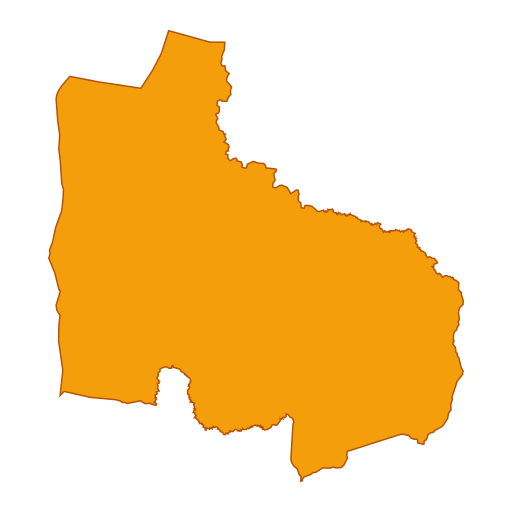 Kawambwa, Luapula, Zambia (Albers equal-area conic projection)
{"feature_id": "96606910B68487362337591", "entity_name": "Kawambwa", "entity_type": "district", "adm_level": 2, "iso_a3": "ZMB", "parent_name": "Zambia", "parent_adm1": "Luapula", "projection": "albers", "projection_center": [29.568, -9.766], "detail": "fine", "context": "isolated", "style": "filled", "palette": "amber", "viewbox_px": 512, "rotation_deg": 0, "n_neighbors": 0, "source": "geoboundaries", "source_scale": "gbopen_adm2", "svg_char_len": 6074}
<svg xmlns="http://www.w3.org/2000/svg" viewBox="0 0 512 512"><path d="M300.7,481.3L302.5,480.6L302.4,478.8L304.7,476.6L310.0,474.8L313.0,472.7L315.8,472.3L322.7,467.9L329.5,468.2L333.3,467.0L335.8,467.9L341.2,467.6L344.0,464.9L347.5,458.0L346.8,455.9L347.1,451.4L400.0,434.5L403.4,434.1L407.1,435.4L408.0,434.8L411.2,438.2L414.4,439.3L416.6,439.0L417.4,439.7L417.8,442.9L423.8,444.4L424.4,440.5L426.4,439.8L428.1,434.5L430.7,432.8L433.3,432.3L435.0,430.4L441.9,426.6L443.6,424.8L447.6,418.5L448.6,412.9L451.0,409.9L450.7,404.8L452.5,399.0L451.9,397.3L457.2,381.2L462.8,374.1L462.4,372.6L463.2,371.4L461.2,367.7L459.0,358.1L457.2,355.6L457.5,354.0L455.9,351.8L455.4,347.2L453.0,344.6L453.1,342.1L453.7,342.1L454.1,341.0L453.3,339.3L453.6,334.2L454.7,331.3L456.4,330.2L457.4,326.7L458.9,325.1L458.2,321.4L459.4,319.8L458.5,312.3L459.5,308.0L463.1,304.4L463.2,300.1L461.1,294.3L461.6,292.8L458.5,289.7L458.8,282.7L455.9,280.3L453.3,279.4L453.4,278.0L452.6,277.3L451.4,277.7L450.3,276.6L447.8,276.4L446.9,275.6L444.4,276.0L442.4,277.3L440.7,274.2L439.1,273.3L438.5,274.3L436.3,273.1L435.2,270.2L433.9,269.3L433.9,268.1L432.2,266.7L433.7,266.6L434.2,264.0L436.9,263.4L437.4,262.3L434.6,258.6L432.0,258.2L429.7,256.7L427.5,257.7L425.8,254.8L425.7,253.3L422.5,251.1L420.8,251.0L420.4,249.2L419.0,248.6L419.6,247.6L417.5,247.1L417.4,244.6L415.5,243.3L415.6,242.0L416.7,241.4L415.4,238.9L416.1,238.6L415.0,237.9L415.7,237.1L414.4,236.9L413.9,235.9L415.2,233.5L411.7,231.8L411.7,230.4L410.0,229.3L408.2,228.8L407.7,229.8L407.0,229.5L405.6,230.8L404.0,230.7L403.4,232.0L401.9,230.8L400.5,231.9L399.2,230.4L398.3,230.7L395.7,229.5L395.0,230.6L390.7,230.9L390.2,231.7L389.9,231.2L389.5,232.5L388.5,231.9L388.7,231.3L386.3,232.2L384.7,230.8L383.6,232.3L381.7,228.8L380.6,228.9L379.8,228.0L379.4,225.6L380.7,224.2L379.5,223.4L377.3,222.8L376.5,224.6L375.0,223.4L374.4,224.4L372.0,225.1L371.7,223.5L370.8,224.2L368.6,221.8L366.4,221.2L365.7,222.0L365.2,221.0L362.8,221.5L361.6,220.6L361.0,221.2L361.0,220.2L358.0,218.9L356.8,217.2L356.0,217.7L355.1,216.4L350.4,214.5L350.3,213.9L349.7,214.7L349.1,214.0L348.2,214.5L347.7,215.7L346.3,215.1L346.1,215.9L345.2,215.4L344.9,213.8L341.2,214.7L340.9,213.7L338.6,212.5L337.6,213.5L337.7,214.6L336.7,214.1L336.1,212.5L335.4,212.9L333.2,211.9L333.3,210.2L332.1,209.0L331.1,209.7L328.6,209.5L328.2,210.2L327.9,209.7L327.5,211.4L326.8,211.2L326.3,212.2L324.9,212.1L325.3,211.1L323.7,211.2L323.6,210.2L318.2,211.8L312.1,206.4L308.0,205.4L305.2,205.4L304.0,208.2L301.1,207.7L300.8,202.9L298.4,200.8L298.4,195.4L299.1,194.2L298.0,190.0L296.1,190.1L290.8,193.7L287.2,187.4L281.8,185.2L279.6,185.5L276.1,187.8L274.1,187.8L272.9,187.0L272.8,183.7L275.1,180.1L273.7,173.6L276.4,170.9L275.9,169.0L265.9,167.9L265.4,165.3L263.9,163.5L258.2,163.1L253.4,161.4L247.3,164.2L246.5,167.8L244.5,168.1L241.8,166.9L242.4,164.9L241.1,161.9L237.0,160.9L236.9,159.2L236.0,158.1L233.2,158.8L230.8,160.6L229.4,160.0L227.7,158.1L227.9,154.8L225.5,153.9L226.2,151.5L228.3,150.9L228.2,148.2L229.1,147.2L228.5,144.7L224.1,142.0L226.3,139.3L224.5,135.7L225.4,134.1L223.9,134.1L223.2,131.8L219.1,129.8L218.6,126.7L216.4,123.5L216.4,121.0L217.8,118.3L215.7,114.3L216.8,113.3L218.2,113.4L219.2,111.8L219.5,107.1L216.9,105.2L217.5,101.1L220.6,99.7L221.7,101.0L226.8,101.4L228.6,96.9L230.9,94.4L230.3,91.5L231.5,86.7L226.5,80.8L227.2,76.6L229.2,73.6L225.7,70.8L224.9,65.8L222.4,66.1L220.7,63.5L222.0,59.5L221.7,56.1L224.4,49.7L224.8,42.2L209.6,42.1L168.7,30.7L161.4,53.3L152.7,70.1L140.9,88.3L97.9,81.8L69.9,76.4L61.8,85.7L58.2,91.3L56.7,95.2L56.1,99.3L57.7,120.6L59.7,134.7L58.8,149.2L60.3,161.1L61.8,183.5L63.4,189.3L63.2,197.2L61.7,210.7L55.6,227.7L52.6,241.9L49.5,250.3L50.1,253.8L48.8,258.1L54.8,272.9L59.0,289.6L60.3,291.1L56.1,305.2L57.0,310.6L60.0,315.3L58.9,325.4L58.6,340.6L62.8,370.4L60.1,395.5L64.2,391.4L89.9,397.3L116.7,399.8L118.3,400.7L119.5,400.5L122.8,402.6L124.6,402.2L127.2,403.5L140.5,400.8L144.9,403.6L150.6,403.4L151.8,404.4L156.0,405.3L156.7,404.6L155.0,401.8L154.3,402.1L156.5,399.1L155.0,397.7L155.3,397.1L156.0,397.3L155.0,395.3L157.3,393.8L156.2,392.0L159.1,391.0L157.5,387.9L158.1,386.0L157.2,383.5L159.0,383.2L158.8,382.2L159.6,381.6L156.7,377.9L158.4,375.7L158.0,373.0L159.9,371.6L160.0,369.2L162.1,367.8L166.2,366.7L168.9,368.2L171.6,368.2L171.7,366.5L172.4,366.7L172.4,365.7L172.8,365.4L173.3,367.3L179.6,369.0L181.3,371.6L184.5,373.3L184.8,374.6L185.5,374.5L186.4,375.9L187.1,375.6L187.2,376.4L190.2,378.6L190.8,381.4L190.1,381.7L190.1,383.3L188.6,384.5L189.2,384.9L188.4,386.4L189.5,386.7L189.7,387.6L187.5,390.7L187.6,394.1L188.9,394.6L189.1,397.8L190.0,397.7L189.4,399.0L190.6,399.8L190.3,402.0L191.3,401.3L191.4,402.2L193.7,402.5L194.5,403.7L193.6,404.2L194.6,407.5L194.0,408.3L195.5,409.1L194.3,409.8L194.8,410.2L193.9,410.6L193.1,412.6L195.0,413.0L194.8,413.9L196.0,415.2L194.5,417.7L195.9,417.4L195.9,418.4L198.8,420.7L198.6,421.9L199.6,422.5L199.6,423.5L202.1,423.5L201.8,424.4L203.6,425.1L203.0,426.8L205.1,428.1L205.3,430.1L206.3,429.8L206.1,427.8L209.7,429.2L209.7,427.9L212.1,428.8L211.8,427.6L213.2,427.6L213.2,426.4L214.7,427.6L216.3,426.7L218.5,428.3L217.7,429.2L219.8,429.9L220.2,431.5L222.5,432.3L223.5,434.2L224.9,434.7L225.8,434.4L225.9,433.3L228.0,433.7L227.5,433.0L230.8,431.7L230.2,431.0L233.0,431.6L235.0,429.4L236.9,429.8L237.4,430.7L239.5,430.5L239.3,431.1L240.3,431.1L241.4,430.9L241.2,429.8L242.9,429.4L242.8,428.8L243.7,429.5L246.4,429.4L247.7,428.1L248.9,428.7L249.8,427.2L250.5,427.8L251.6,427.3L251.3,426.4L252.4,426.6L252.2,426.1L255.0,425.1L256.6,425.9L257.5,425.2L257.6,426.0L259.9,425.5L259.7,426.9L260.9,427.4L261.7,427.3L261.5,426.2L262.2,426.9L262.8,426.4L262.0,427.8L262.4,429.1L263.3,428.2L263.8,429.5L264.9,430.0L268.4,429.0L271.1,427.2L271.9,425.2L274.4,424.5L275.6,425.3L277.1,425.0L280.0,421.1L280.2,419.0L280.6,419.8L281.9,418.4L282.7,418.8L282.4,418.2L283.3,417.3L284.7,417.6L286.2,416.3L286.1,414.0L288.1,414.6L290.2,417.2L292.4,418.2L294.0,422.1L293.0,424.0L290.9,458.7L291.8,462.8L294.2,466.5L297.2,468.7L299.2,474.6L301.1,476.7L300.7,481.3Z" fill="#f59e0b" stroke="#b45309" stroke-width="1.5"/></svg>